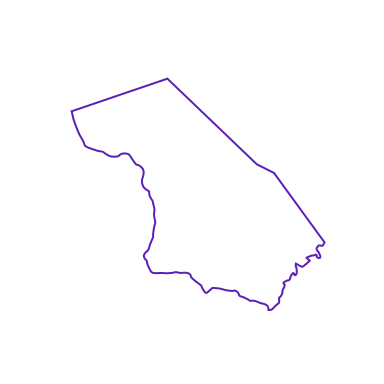 Virginia, Lempira, Honduras, rotated 27°
{"feature_id": "27666195B15958478050102", "entity_name": "Virginia", "entity_type": "district", "adm_level": 2, "iso_a3": "HND", "parent_name": "Honduras", "parent_adm1": "Lempira", "projection": "albers", "projection_center": [-88.553, 14.007], "detail": "fine", "context": "isolated", "style": "outline", "palette": "violet", "viewbox_px": 384, "rotation_deg": 27, "n_neighbors": 0, "source": "geoboundaries", "source_scale": "gbopen_adm2", "svg_char_len": 6008}
<svg xmlns="http://www.w3.org/2000/svg" viewBox="0 0 384 384"><g transform="rotate(27 192 192)"><path d="M118.6,102.2L48.1,174.7L51.8,179.1L52.9,180.4L53.7,181.3L56.3,183.8L58.1,185.5L59.8,187.0L62.7,189.5L63.5,190.2L64.3,190.9L66.3,192.4L71.0,195.4L71.8,196.0L72.9,196.9L74.4,198.4L74.9,198.8L75.5,199.2L76.1,199.4L76.5,199.5L77.1,199.6L79.1,199.5L81.0,199.4L83.8,199.0L87.3,198.5L89.0,198.2L89.9,198.0L91.4,197.5L92.9,197.0L93.7,196.8L94.3,196.7L94.7,196.7L95.1,196.7L95.5,196.8L96.7,197.1L97.4,197.2L98.2,197.3L99.3,197.3L100.6,197.4L102.5,197.3L103.2,197.2L104.0,197.0L104.5,196.8L105.1,196.6L106.0,196.2L107.1,195.6L108.3,194.9L109.0,194.4L109.5,194.0L110.0,193.6L110.2,193.2L110.4,192.9L110.6,192.3L110.8,191.8L111.0,191.3L111.3,190.8L111.8,190.3L112.3,189.7L112.7,189.4L113.3,188.9L114.3,188.3L115.3,187.9L115.8,187.7L116.5,187.5L117.2,187.3L117.8,187.2L118.4,187.2L118.8,187.2L119.2,187.3L119.6,187.5L120.7,188.1L124.1,190.0L127.4,191.8L129.2,192.6L129.7,192.8L130.2,192.8L130.7,192.7L131.6,192.5L132.3,192.4L133.2,192.4L133.9,192.5L135.0,192.7L136.2,193.1L137.2,193.5L137.6,193.7L138.0,194.0L138.5,194.5L138.9,194.8L139.3,195.4L139.8,196.1L140.3,197.1L140.8,198.3L141.1,199.5L141.4,200.8L141.6,202.6L141.8,203.3L142.0,203.9L142.5,205.0L143.0,205.9L143.7,207.0L144.4,207.7L145.2,208.5L146.0,209.2L146.8,209.6L147.8,210.0L148.9,210.4L150.5,210.7L151.2,210.8L152.2,210.8L152.7,210.8L153.3,210.9L153.6,211.1L153.9,211.5L154.1,211.8L154.3,212.3L154.7,213.0L155.3,213.8L155.7,214.3L156.2,214.8L158.1,216.2L159.3,216.9L160.4,217.5L160.7,217.7L160.9,217.9L161.5,218.5L162.8,220.1L165.2,222.9L165.9,223.8L166.5,224.6L166.8,225.2L167.0,225.7L167.2,226.2L167.5,227.1L167.7,227.8L168.2,229.0L168.7,230.0L169.1,230.6L170.9,232.8L172.9,235.5L173.2,235.9L173.3,236.2L173.5,236.8L173.6,238.1L173.8,239.0L174.6,241.8L175.0,243.1L175.5,244.5L176.5,247.3L177.0,248.3L177.6,249.2L177.8,249.7L177.9,250.4L178.1,253.4L178.4,257.6L178.5,258.2L178.8,259.6L179.0,260.6L179.2,261.6L179.2,262.7L179.2,263.7L179.0,264.6L178.9,265.0L178.5,265.9L178.2,266.6L178.0,267.3L177.8,268.3L177.8,269.0L177.8,269.6L177.9,270.2L178.0,270.6L178.3,271.1L178.8,271.7L179.4,272.2L180.0,272.7L180.4,272.9L180.8,273.1L181.2,273.2L181.9,273.4L182.2,273.5L182.6,273.7L182.9,273.9L183.5,274.5L184.2,275.6L184.7,276.2L186.0,277.4L188.0,279.0L189.7,280.3L190.7,280.9L191.6,281.5L192.3,281.7L193.0,281.8L193.3,281.8L193.7,281.8L194.7,281.5L195.3,281.3L196.6,280.7L198.4,279.8L200.3,278.7L201.2,278.2L202.6,277.5L205.1,276.5L206.4,275.8L207.3,275.4L209.5,274.0L211.2,273.0L212.0,272.4L212.8,271.6L213.3,271.2L214.3,270.6L214.6,270.5L215.1,270.3L216.7,270.0L217.8,269.6L219.1,269.0L221.0,267.9L222.4,267.1L223.2,266.8L223.8,266.5L224.7,266.3L225.3,266.1L226.1,266.1L226.7,266.1L227.3,266.2L227.7,266.3L228.1,266.5L228.4,266.8L229.2,267.6L229.8,268.1L230.5,268.5L231.2,268.8L235.3,269.8L242.6,271.1L242.9,271.3L243.8,272.2L244.6,272.8L246.1,273.8L247.7,274.8L248.2,275.1L248.9,275.3L249.6,275.5L250.1,275.6L250.4,275.5L250.7,275.3L250.9,275.1L251.1,274.8L251.9,273.0L252.6,271.2L253.0,270.2L253.4,268.8L253.6,268.5L253.8,268.3L254.1,268.0L255.7,267.3L256.9,266.8L259.9,265.7L261.2,265.3L262.7,264.9L264.9,264.5L266.7,264.1L267.9,263.7L269.3,263.3L271.3,262.5L272.7,261.9L273.4,261.5L274.4,260.7L274.9,260.4L275.4,260.2L276.0,260.2L276.8,260.3L278.1,260.7L278.9,261.0L279.4,261.2L279.8,261.5L280.3,262.0L280.7,262.5L281.0,262.7L281.4,262.9L281.9,262.9L282.7,262.9L284.3,262.5L284.9,262.5L285.6,262.4L290.0,262.3L292.4,262.5L293.4,262.5L293.7,262.4L294.0,262.2L294.9,261.5L295.2,261.3L295.6,261.1L296.9,260.7L298.0,260.4L298.8,260.3L299.5,260.2L302.2,260.0L303.4,259.9L304.3,259.7L306.4,259.2L307.3,259.0L308.1,258.9L309.1,258.9L309.9,259.0L310.8,259.3L311.5,259.6L312.0,260.0L312.5,260.5L313.1,261.3L313.8,262.4L314.6,262.0L315.2,261.6L316.0,261.0L316.3,260.6L316.6,260.1L316.9,259.5L317.2,258.4L317.4,257.2L317.6,256.6L319.7,251.6L319.8,251.3L319.7,251.1L319.4,250.3L318.9,248.8L318.5,248.2L317.8,247.4L317.7,247.2L317.7,246.9L317.7,246.6L317.7,246.3L318.2,245.5L318.3,245.1L318.4,244.8L318.5,243.6L318.5,242.3L318.4,241.4L318.2,240.6L317.9,240.0L317.5,239.1L317.3,238.5L317.3,237.9L317.3,236.7L317.3,235.6L317.2,234.4L317.0,233.2L316.8,232.8L316.6,232.5L316.4,232.4L316.1,232.2L315.4,232.1L315.1,231.9L315.0,231.7L314.9,231.5L314.8,231.3L314.8,231.1L315.0,230.7L315.2,230.2L315.7,229.4L316.3,228.5L316.7,228.0L317.2,227.5L317.5,227.2L318.3,226.6L318.6,226.2L318.7,225.9L318.8,225.6L318.8,225.3L318.5,224.2L318.4,223.4L318.3,222.6L318.3,221.5L318.3,220.4L318.4,219.9L318.5,219.2L318.7,218.7L318.9,218.4L319.2,218.3L319.5,218.2L319.9,218.3L320.1,218.5L320.3,218.7L320.5,219.0L320.9,219.3L321.1,219.4L321.3,219.4L321.5,219.3L321.8,219.1L322.0,218.9L322.2,218.2L322.2,217.6L322.2,217.0L322.1,216.6L321.7,215.7L320.8,214.1L320.2,213.2L319.4,212.2L318.9,211.8L318.6,211.4L318.3,211.1L317.9,210.6L317.5,210.0L317.3,209.2L317.1,208.7L317.7,208.6L318.9,208.7L319.9,208.8L322.2,208.8L323.7,208.7L324.1,208.6L324.3,208.5L324.5,208.3L325.1,207.2L326.2,204.7L327.2,202.3L327.8,200.7L328.1,199.8L328.0,199.6L327.9,199.5L327.6,199.4L327.4,199.4L326.7,199.4L326.0,199.3L325.0,199.0L324.0,198.6L323.9,198.6L323.9,198.4L324.0,198.3L325.6,196.4L327.4,194.4L327.8,194.1L328.7,193.6L329.3,193.2L329.7,192.8L330.2,192.1L330.5,191.8L330.8,191.7L331.2,191.6L331.4,191.6L331.6,191.7L331.8,191.8L331.9,192.0L332.2,192.6L332.4,192.9L332.6,193.1L332.8,193.2L333.2,193.4L333.6,193.4L333.8,193.4L334.4,193.3L334.8,193.3L335.4,193.0L335.6,192.9L335.8,192.7L335.9,192.2L335.9,191.9L335.8,191.6L335.6,191.2L335.2,190.7L334.1,189.7L332.6,188.5L331.7,188.0L330.2,187.3L329.8,187.0L329.5,186.8L329.1,186.5L328.9,186.2L328.7,185.9L328.6,185.5L328.6,185.2L328.6,184.6L328.7,183.7L328.8,183.3L329.0,182.7L329.1,182.4L329.3,182.2L329.7,181.8L330.0,181.6L330.3,181.5L330.8,181.3L331.5,181.3L331.8,181.2L332.0,181.1L332.4,180.8L332.6,180.6L332.7,180.4L332.9,180.0L332.9,179.1L333.0,177.7L332.9,176.7L256.4,137.8L237.2,137.9L118.6,102.2Z" fill="none" stroke="#5b21b6" stroke-width="2"/></g></svg>